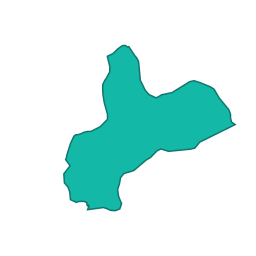 outline of Amasya, rotated 139°
{"feature_id": "TUR-2290", "entity_name": "Amasya", "entity_type": "Province", "adm_level": 1, "iso_a3": "TUR", "parent_name": "Turkey", "parent_adm1": "", "projection": "robinson", "projection_center": [35.812, 40.638], "detail": "fine", "context": "isolated", "style": "filled", "palette": "teal", "viewbox_px": 256, "rotation_deg": 139, "n_neighbors": 0, "source": "natural_earth", "source_scale": "10m", "svg_char_len": 1162}
<svg xmlns="http://www.w3.org/2000/svg" viewBox="0 0 256 256"><g transform="rotate(139 128 128)"><path d="M44.9,60.3L83.2,70.3L90.8,69.0L94.8,71.1L112.7,83.8L116.9,90.6L121.0,91.7L130.4,91.0L135.2,91.9L151.5,92.1L161.2,96.4L166.4,95.3L170.8,91.7L176.4,88.2L180.2,82.1L182.4,75.2L187.3,72.3L191.8,73.9L195.2,77.3L196.8,80.9L198.7,84.1L212.1,92.9L208.6,94.7L208.6,95.7L209.5,95.7L209.5,96.8L208.0,98.8L209.3,101.4L211.9,103.7L213.7,105.0L215.8,105.8L218.4,111.7L214.1,117.7L212.0,122.7L212.0,128.3L206.5,135.5L196.5,137.5L195.8,145.1L194.8,145.6L193.8,146.1L192.0,147.6L181.8,153.9L174.2,157.3L172.0,157.2L169.9,155.7L167.4,154.5L164.7,153.9L161.2,152.2L158.1,149.7L148.1,147.2L137.8,148.0L134.6,151.6L129.1,163.0L125.4,169.0L122.1,173.4L118.5,177.4L114.2,179.2L111.9,179.7L105.1,182.3L101.5,186.1L96.6,195.7L90.5,194.0L84.0,194.4L78.4,193.9L76.1,192.4L75.1,189.3L74.0,188.9L75.4,178.5L75.5,174.6L76.6,171.0L87.4,155.9L90.3,144.9L90.2,139.4L87.1,132.5L85.1,131.7L80.8,131.0L71.5,125.8L51.0,122.5L47.1,120.3L43.8,114.9L38.8,104.9L37.6,100.8L39.5,90.9L39.9,75.8L41.5,71.3L44.1,68.2L46.0,64.5L44.9,60.3Z" fill="#14b8a6" stroke="#0f766e" stroke-width="1.5"/></g></svg>